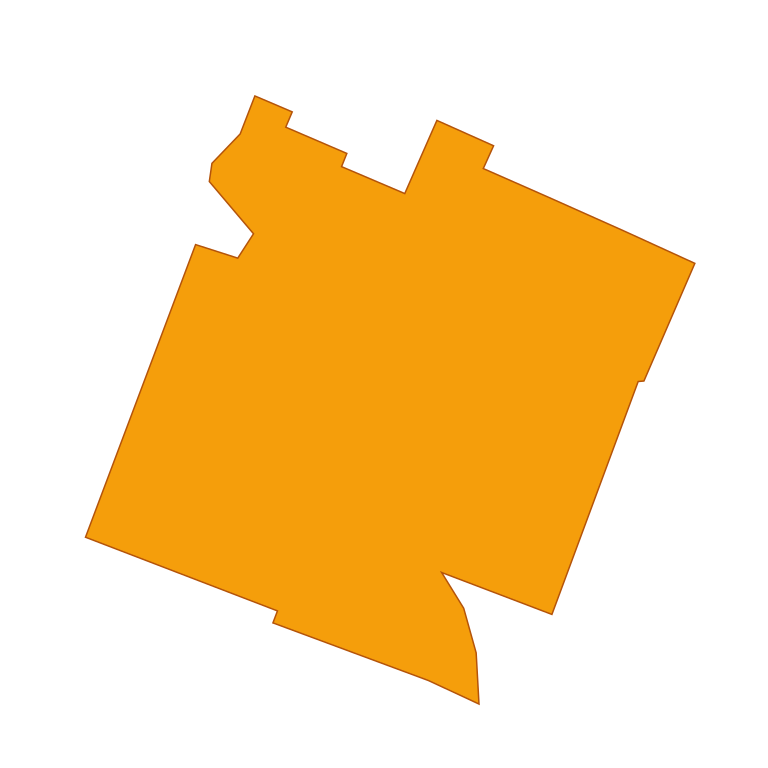 the district of Tompkins, New York, United States of America, rotated 203°
{"feature_id": "52423323B63267759277093", "entity_name": "Tompkins", "entity_type": "district", "adm_level": 2, "iso_a3": "USA", "parent_name": "United States of America", "parent_adm1": "New York", "projection": "mercator", "projection_center": [-76.461, 42.445], "detail": "fine", "context": "isolated", "style": "filled", "palette": "amber", "viewbox_px": 768, "rotation_deg": 203, "n_neighbors": 0, "source": "geoboundaries", "source_scale": "gbopen_adm2", "svg_char_len": 531}
<svg xmlns="http://www.w3.org/2000/svg" viewBox="0 0 768 768"><g transform="rotate(203 384 384)"><path d="M139.4,237.5L151.0,485.6L145.9,488.3L145.0,616.5L221.8,618.6L308.1,620.2L376.8,621.1L376.2,646.1L438.3,647.3L439.3,567.4L508.0,567.5L508.3,581.7L574.8,582.0L574.8,598.6L615.4,598.7L614.1,558.0L628.6,519.9L623.9,502.1L562.8,471.3L567.8,442.7L611.9,438.7L598.9,126.3L393.4,133.5L392.9,120.7L227.2,128.4L171.5,126.5L194.1,172.5L223.0,208.7L257.3,233.0L139.4,237.5Z" fill="#f59e0b" stroke="#b45309" stroke-width="1.5"/></g></svg>